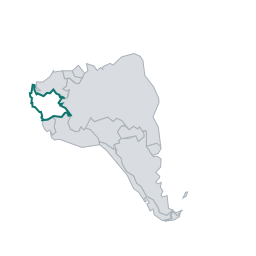 Colombia highlighted on a map of South America, rotated 314°
{"feature_id": "COL", "entity_name": "Colombia", "entity_type": "country or territory", "adm_level": 0, "iso_a3": "COL", "parent_name": "South America", "parent_adm1": "", "projection": "robinson", "projection_center": [-72.763, 4.099], "detail": "coarse", "context": "in_parent", "style": "outline", "palette": "teal", "viewbox_px": 256, "rotation_deg": 314, "n_neighbors": 12, "source": "natural_earth", "source_scale": "50m", "svg_char_len": 4449}
<svg xmlns="http://www.w3.org/2000/svg" viewBox="0 0 256 256"><g transform="rotate(314 128 128)"><path d="M99.3,218.4L101.1,221.8L106.9,224.1L99.1,224.6L99.3,218.4ZM127.7,153.8L125.0,166.1L128.0,168.6L128.7,173.3L122.6,178.6L115.2,178.9L115.4,184.3L113.9,185.3L108.3,185.4L108.5,188.3L112.0,189.7L107.9,192.4L106.9,196.9L102.8,198.3L102.1,200.5L106.5,203.1L98.3,213.0L100.4,217.6L92.1,216.6L88.8,209.1L91.2,206.0L93.8,196.1L91.7,188.8L94.9,178.1L94.2,172.6L97.4,165.4L95.7,157.2L98.0,148.7L101.4,144.1L101.2,137.2L103.9,135.8L106.6,129.4L111.4,132.2L112.4,129.8L115.3,129.9L120.2,135.3L127.8,139.1L125.5,144.8L132.8,145.6L136.9,140.2L138.0,144.2L127.7,153.8Z" fill="#d9dde1" stroke="#a8b0b8" stroke-width="1"/><path d="M99.3,218.4L99.1,224.6L102.7,224.7L100.1,226.6L94.0,225.1L86.1,218.9L93.8,222.4L95.7,219.2L99.3,218.4ZM98.3,116.9L101.2,122.3L102.7,132.4L104.8,132.7L101.2,137.2L101.4,144.1L98.0,148.7L95.7,157.2L97.4,165.4L94.2,172.6L94.9,178.1L91.7,188.8L93.8,196.1L91.2,206.0L88.8,209.1L92.1,216.6L99.5,217.4L94.4,219.1L93.1,221.8L85.4,217.3L83.8,207.2L87.1,202.3L83.7,201.5L86.6,194.2L89.1,195.2L90.4,189.2L88.8,188.4L88.1,192.0L86.6,191.6L89.2,180.2L88.3,174.1L93.5,160.3L97.0,128.1L96.3,119.2L98.3,116.9Z" fill="#d9dde1" stroke="#a8b0b8" stroke-width="1"/><path d="M115.8,216.2L121.8,214.1L123.4,215.3L119.6,217.1L115.8,216.2Z" fill="#d9dde1" stroke="#a8b0b8" stroke-width="1"/><path d="M127.7,153.8L136.9,159.2L138.2,161.2L136.4,166.0L130.5,167.4L125.2,164.6L127.7,153.8Z" fill="#d9dde1" stroke="#a8b0b8" stroke-width="1"/><path d="M137.6,164.2L136.9,159.2L127.7,153.8L138.0,144.2L138.1,141.9L135.7,140.8L136.7,135.7L133.9,135.6L133.0,130.9L127.6,130.1L129.0,118.7L127.2,113.2L122.4,113.1L121.6,105.8L109.1,99.4L109.3,94.1L101.8,97.8L95.9,97.8L96.1,93.3L91.7,95.0L89.1,93.2L87.1,87.6L89.9,81.0L97.6,78.2L98.9,68.9L97.3,64.0L99.4,62.8L97.8,60.6L103.7,59.7L104.9,62.3L108.8,63.3L114.5,59.2L112.1,58.3L110.7,53.8L115.2,54.6L121.2,50.4L123.2,51.0L123.2,57.6L125.6,61.8L133.5,60.3L133.5,58.3L141.3,59.4L145.5,53.4L149.0,60.6L147.9,65.9L152.5,66.3L152.6,69.2L154.5,67.3L162.0,70.2L162.9,73.5L174.7,74.0L185.9,80.7L188.0,87.1L186.9,91.9L177.4,103.7L175.4,117.8L170.5,129.7L167.7,132.7L153.3,138.3L149.6,149.3L137.6,164.2Z" fill="#d9dde1" stroke="#a8b0b8" stroke-width="1"/><path d="M98.5,97.6L109.3,94.1L109.1,99.4L121.6,105.8L122.4,113.1L127.2,113.2L129.0,118.7L128.0,123.9L124.8,122.1L118.1,122.9L115.7,130.6L112.4,129.8L111.4,132.2L106.6,129.4L102.7,132.4L101.2,122.3L98.3,116.9L100.7,102.3L98.5,97.6Z" fill="#d9dde1" stroke="#a8b0b8" stroke-width="1"/><path d="M97.6,78.2L89.9,81.0L87.1,87.6L89.1,93.2L91.7,95.0L96.1,93.3L95.9,97.8L98.5,97.6L100.7,102.3L99.9,113.8L96.3,119.2L82.0,108.4L72.3,86.6L68.4,83.5L68.0,79.5L70.8,75.6L70.5,78.5L75.1,78.9L77.2,74.4L83.1,70.2L84.2,65.8L89.5,72.4L97.2,73.6L95.6,76.6L97.6,78.2Z" fill="#d9dde1" stroke="#a8b0b8" stroke-width="1"/><path d="M121.2,50.4L115.2,54.6L110.7,53.8L112.1,58.3L114.5,59.2L106.8,63.5L103.0,57.4L104.2,47.8L92.3,45.2L88.9,38.9L89.9,35.1L92.3,31.7L93.9,31.3L92.0,36.8L94.1,39.0L93.7,33.6L97.5,30.1L102.0,34.8L110.4,36.2L118.2,34.4L116.0,35.2L123.7,41.2L119.5,48.2L121.2,50.4Z" fill="#d9dde1" stroke="#a8b0b8" stroke-width="1"/><path d="M132.1,60.1L126.9,61.9L124.0,60.4L123.2,51.0L119.5,48.2L123.7,41.2L130.4,48.2L128.2,53.8L132.1,60.1Z" fill="#d9dde1" stroke="#a8b0b8" stroke-width="1"/><path d="M137.2,58.9L132.1,60.1L129.3,55.9L128.2,53.8L130.4,48.2L138.6,48.8L137.2,58.9Z" fill="#d9dde1" stroke="#a8b0b8" stroke-width="1"/><path d="M83.5,66.1L83.1,70.2L77.2,74.4L75.1,78.9L70.5,78.5L72.2,73.4L69.1,72.2L69.2,68.7L71.4,63.4L74.5,61.6L83.5,66.1Z" fill="#d9dde1" stroke="#a8b0b8" stroke-width="1"/><path d="M127.2,124.5L127.6,130.1L133.0,130.9L133.9,135.6L136.7,135.7L135.1,143.3L132.8,145.6L125.5,144.8L127.8,139.1L115.7,130.6L118.1,122.9L124.8,122.1L127.2,124.5Z" fill="#d9dde1" stroke="#a8b0b8" stroke-width="1"/><path d="M93.9,31.0L90.4,34.0L88.7,38.8L90.2,39.0L92.2,45.1L97.0,45.3L98.8,47.8L103.8,47.6L102.9,52.5L104.3,55.7L102.9,57.5L104.6,58.7L105.4,61.7L104.1,59.4L97.8,60.6L97.7,62.5L99.6,63.7L97.2,63.9L98.9,69.1L97.4,78.0L95.5,76.7L97.1,73.4L94.9,72.1L89.8,72.6L85.0,66.2L78.3,64.5L74.1,60.9L75.3,60.5L75.2,58.7L76.6,58.3L77.2,57.7L79.1,54.2L78.0,53.3L78.4,46.4L77.0,44.5L78.9,42.4L78.4,40.4L79.9,42.5L79.6,40.6L82.9,38.0L82.7,36.0L84.9,33.2L86.0,34.2L92.9,29.4L93.9,31.0ZM76.4,57.9L76.3,58.2L76.3,57.9L76.4,57.9Z" fill="none" stroke="#0f766e" stroke-width="2"/></g></svg>